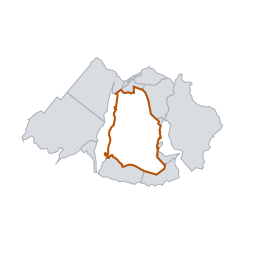 map of Saudi Arabia with Sudan, Israel, Lebanon and 12 others greyed out, rotated 38°
{"feature_id": "SAU", "entity_name": "Saudi Arabia", "entity_type": "country or territory", "adm_level": 0, "iso_a3": "SAU", "parent_name": "Asia", "parent_adm1": "", "projection": "natural_earth1", "projection_center": [44.88, 24.248], "detail": "fine", "context": "with_neighbors", "style": "outline", "palette": "amber", "viewbox_px": 256, "rotation_deg": 38, "n_neighbors": 15, "source": "natural_earth", "source_scale": "50m", "svg_char_len": 10235}
<svg xmlns="http://www.w3.org/2000/svg" viewBox="0 0 256 256"><g transform="rotate(38 128 128)"><path d="M54.6,203.6L51.5,201.5L50.0,200.1L50.5,194.7L48.2,191.7L47.9,188.5L46.4,187.1L46.4,184.3L45.6,182.5L44.1,182.7L45.7,179.0L45.3,177.0L46.7,175.5L45.8,174.4L49.0,167.9L52.5,168.2L53.0,147.2L57.6,147.2L58.0,137.6L105.9,137.6L107.1,142.3L106.2,143.1L106.7,148.1L108.2,153.8L111.9,156.8L109.8,159.5L106.8,160.3L105.5,161.8L103.2,172.0L103.7,173.9L103.0,178.1L101.3,182.8L98.8,185.2L96.5,190.8L94.6,192.1L93.3,197.1L93.3,201.4L93.3,197.7L92.8,197.6L92.4,193.6L90.3,191.7L89.8,188.2L90.3,184.7L88.4,184.4L88.1,185.4L85.7,185.7L86.6,187.1L87.0,190.0L82.6,196.0L80.5,196.5L77.0,193.7L75.5,194.7L75.0,196.1L72.9,197.0L72.8,198.0L68.7,198.0L68.1,197.0L65.1,196.9L63.6,197.7L62.5,197.3L59.8,193.2L56.8,193.8L54.5,200.3L51.8,201.7L54.6,203.6Z" fill="#d9dde1" stroke="#a8b0b8" stroke-width="1"/><path d="M102.8,83.3L101.6,87.5L100.2,86.9L99.3,90.1L100.3,90.6L99.2,91.3L99.0,92.5L100.9,91.9L101.0,93.8L98.8,101.5L96.4,93.2L97.6,91.6L99.9,84.2L102.8,83.3Z" fill="#d9dde1" stroke="#a8b0b8" stroke-width="1"/><path d="M102.8,83.3L100.0,84.2L103.7,76.7L105.4,76.9L106.0,78.8L103.8,80.6L102.8,83.3Z" fill="#d9dde1" stroke="#a8b0b8" stroke-width="1"/><path d="M100.9,91.9L99.0,92.5L99.2,91.3L100.3,90.6L99.3,90.1L100.2,86.9L101.6,87.5L100.9,91.9Z" fill="#d9dde1" stroke="#a8b0b8" stroke-width="1"/><path d="M101.6,87.5L102.3,86.0L106.7,87.9L114.4,82.8L115.9,88.6L107.2,91.8L111.1,96.6L109.7,97.4L109.1,99.0L106.0,99.7L103.3,102.9L98.9,102.1L98.8,101.5L101.0,93.8L101.6,87.5Z" fill="#d9dde1" stroke="#a8b0b8" stroke-width="1"/><path d="M165.2,126.8L165.9,126.5L166.1,127.8L169.2,127.1L174.9,127.4L183.0,118.0L183.8,119.7L184.5,123.5L182.4,123.5L182.1,126.6L182.9,127.3L181.1,128.3L181.1,130.2L179.1,135.2L167.0,132.7L165.2,126.8Z" fill="#d9dde1" stroke="#a8b0b8" stroke-width="1"/><path d="M162.1,124.3L161.7,120.8L162.8,118.3L163.9,117.8L165.1,119.3L165.2,122.1L164.4,124.9L163.3,125.3L162.1,124.3Z" fill="#d9dde1" stroke="#a8b0b8" stroke-width="1"/><path d="M150.5,99.2L152.3,106.0L149.5,106.1L148.5,103.9L145.0,103.4L147.8,98.8L150.5,99.2Z" fill="#d9dde1" stroke="#a8b0b8" stroke-width="1"/><path d="M115.9,88.6L114.4,82.8L123.2,77.8L124.7,72.0L124.4,68.5L126.5,67.3L128.5,64.3L130.2,63.5L134.6,64.2L136.0,65.4L137.8,64.6L140.3,70.3L142.9,71.7L143.2,74.5L141.2,76.2L140.3,80.0L143.1,84.5L147.9,87.2L149.9,90.8L149.3,94.3L150.6,94.3L150.6,96.9L152.8,99.4L147.8,98.8L145.0,103.4L137.6,103.0L126.5,93.3L120.6,90.0L115.9,88.6Z" fill="#d9dde1" stroke="#a8b0b8" stroke-width="1"/><path d="M179.9,134.2L180.0,132.2L181.1,130.2L181.1,128.3L182.9,127.3L182.1,126.6L182.4,123.5L184.5,123.5L186.3,126.8L188.6,128.5L194.0,130.0L197.0,134.4L198.5,135.0L198.5,136.1L193.4,145.1L191.6,144.9L190.7,146.0L190.1,148.4L190.3,152.2L188.5,152.2L185.9,154.0L185.6,156.4L184.7,157.4L182.1,157.3L180.6,158.5L180.6,160.5L178.7,161.8L176.4,161.4L171.8,163.3L167.2,152.0L179.3,147.2L181.8,137.6L179.9,134.2ZM183.8,119.7L183.0,118.0L184.1,116.4L184.7,116.8L183.8,119.7Z" fill="#d9dde1" stroke="#a8b0b8" stroke-width="1"/><path d="M152.8,99.4L150.6,96.9L150.6,94.3L149.3,94.3L149.9,90.8L147.9,87.2L143.1,84.5L140.3,80.0L141.2,76.2L143.2,74.5L142.9,71.7L140.3,70.3L135.7,60.7L136.5,59.2L135.3,53.8L137.9,52.4L138.5,54.2L140.5,56.4L143.1,57.0L144.5,56.9L149.0,53.4L150.4,53.0L151.5,54.4L150.3,56.8L152.7,59.3L153.6,59.1L154.9,62.6L158.6,63.6L161.3,66.0L166.8,66.8L172.8,65.6L173.1,64.4L176.5,63.5L179.1,60.8L181.7,60.9L183.4,60.0L186.1,60.5L190.5,62.9L193.6,63.4L198.2,67.7L201.1,67.8L201.6,71.9L199.4,81.4L201.2,82.1L199.6,84.7L201.5,91.6L204.5,92.4L205.0,95.5L201.6,99.9L205.3,105.3L209.2,107.4L209.5,111.7L211.5,112.5L211.9,114.7L206.2,117.2L204.9,122.8L188.4,119.6L186.5,113.7L184.6,112.8L181.5,113.7L177.6,116.0L172.6,114.4L168.5,110.7L164.7,109.3L159.0,98.3L156.8,99.1L154.3,97.5L152.8,99.4Z" fill="#d9dde1" stroke="#a8b0b8" stroke-width="1"/><path d="M102.3,86.0L103.8,80.6L106.0,78.8L105.4,76.9L103.7,76.7L103.4,73.0L106.5,68.9L106.8,66.3L108.0,67.2L112.3,65.9L114.4,66.8L117.5,66.7L122.0,64.9L128.5,64.3L126.5,67.3L124.4,68.5L124.7,72.0L123.2,77.8L106.7,87.9L102.3,86.0Z" fill="#d9dde1" stroke="#a8b0b8" stroke-width="1"/><path d="M103.7,173.9L103.2,172.0L105.5,161.8L106.8,160.3L109.8,159.5L111.9,156.8L115.3,166.7L123.1,173.6L128.9,180.8L130.9,182.2L129.6,183.4L127.9,183.0L121.9,175.4L118.4,173.5L115.6,173.4L114.6,172.4L112.2,173.5L109.7,171.4L108.4,174.9L103.7,173.9Z" fill="#d9dde1" stroke="#a8b0b8" stroke-width="1"/><path d="M167.2,152.0L171.8,163.3L168.9,164.5L168.0,168.3L157.5,172.6L153.8,176.0L150.8,175.9L148.4,177.9L141.3,179.4L138.7,182.2L132.5,182.5L131.5,179.7L131.6,177.1L129.0,170.1L129.8,169.9L129.7,164.7L131.5,163.2L131.1,161.2L132.1,158.8L133.8,160.0L139.6,159.5L145.9,160.2L146.9,161.8L148.8,161.0L151.7,156.0L155.5,153.8L167.2,152.0Z" fill="#d9dde1" stroke="#a8b0b8" stroke-width="1"/><path d="M105.9,137.6L58.0,137.6L59.4,102.7L58.4,98.8L59.6,95.9L59.1,93.8L60.6,91.5L65.9,91.4L75.3,94.9L80.0,92.0L83.5,91.6L86.3,92.2L87.3,94.6L88.3,93.0L94.4,94.4L96.4,93.2L98.8,101.5L95.5,109.5L94.6,110.4L91.6,106.7L88.9,99.8L88.5,100.2L95.2,117.6L101.3,128.3L100.5,129.1L100.6,132.3L105.9,137.6Z" fill="#d9dde1" stroke="#a8b0b8" stroke-width="1"/><path d="M167.1,152.0L166.1,152.1L165.2,152.3L164.2,152.5L162.9,152.7L161.9,152.8L160.5,153.0L159.2,153.2L158.0,153.4L156.8,153.6L155.8,153.8L155.2,154.0L154.5,154.4L153.4,155.0L152.2,155.7L151.6,156.0L151.0,156.9L150.7,157.3L150.2,158.1L149.8,158.7L149.3,159.4L149.0,160.1L148.7,161.0L148.4,161.3L147.9,161.6L147.5,161.8L146.8,161.8L146.4,161.2L146.0,160.6L145.8,160.3L145.6,160.3L144.9,160.4L144.1,160.5L143.1,160.4L142.0,160.2L140.9,160.1L140.4,160.0L139.7,159.6L139.3,159.5L138.5,159.5L137.7,159.5L136.9,159.6L136.1,159.6L135.3,159.7L135.0,159.8L134.7,159.8L134.5,160.0L134.3,160.0L134.1,159.9L133.9,159.9L133.5,159.8L133.3,159.6L133.0,159.3L132.8,159.2L132.5,159.1L132.3,159.1L132.0,159.2L131.8,159.4L131.4,159.9L131.4,160.0L131.6,160.3L131.2,160.6L131.1,161.0L131.1,161.3L131.1,161.9L131.2,162.3L131.3,162.5L131.3,163.1L131.0,163.2L130.8,163.6L130.7,163.7L130.5,163.9L129.8,164.6L129.7,164.2L129.5,163.6L129.5,163.2L129.4,162.8L129.1,162.5L128.8,162.2L128.7,161.8L128.4,161.3L128.1,161.0L127.9,160.3L127.7,159.5L126.7,158.4L125.5,157.3L125.1,156.7L124.5,155.5L124.2,154.6L123.4,153.5L123.4,153.1L123.3,152.6L123.1,152.0L123.0,151.6L122.1,149.6L121.9,149.3L121.7,148.9L121.6,148.5L121.5,148.3L121.0,148.0L120.4,147.2L118.8,145.9L118.0,145.8L117.4,145.3L116.9,144.7L116.4,143.6L115.6,142.5L114.8,140.9L115.1,140.3L115.1,139.9L114.9,139.2L114.6,138.6L114.4,138.1L114.6,137.4L114.6,136.6L114.8,136.1L114.9,135.7L114.8,134.7L114.5,134.2L114.6,133.9L114.3,133.7L114.1,133.3L114.3,133.3L113.9,132.8L113.7,132.5L113.6,131.8L113.4,131.3L112.7,130.1L112.4,129.3L111.7,128.4L111.0,127.7L110.5,127.3L110.3,127.0L109.9,127.0L109.5,126.6L109.2,126.6L108.8,126.5L108.3,125.7L108.0,125.0L107.4,124.0L107.5,123.7L107.7,123.3L107.6,122.8L107.5,122.4L107.3,121.7L106.4,120.0L106.1,119.8L105.8,119.5L105.5,118.8L105.4,118.1L104.8,117.8L103.8,115.4L103.2,114.6L102.9,114.1L102.2,113.2L101.9,112.3L101.2,111.4L100.6,110.0L99.7,108.5L99.3,108.3L98.3,108.2L97.8,108.1L97.4,108.4L97.4,108.0L97.7,107.4L98.1,106.2L98.2,105.2L98.9,102.2L99.7,102.3L100.4,102.5L101.4,102.6L102.5,102.8L103.1,102.9L103.3,102.9L104.2,102.2L105.0,101.5L105.4,100.7L105.9,99.9L106.1,99.7L106.8,99.5L107.9,99.3L108.9,99.1L109.0,99.0L109.3,98.4L109.6,97.5L109.8,97.4L110.5,96.9L111.0,96.6L110.4,95.8L109.7,95.1L109.1,94.2L108.5,93.5L107.6,92.5L107.1,91.9L108.1,91.6L109.2,91.2L110.3,90.9L111.6,90.5L112.7,90.2L114.2,89.7L115.0,89.4L115.7,88.8L116.6,89.0L117.9,89.2L119.2,89.4L120.5,89.7L120.9,89.9L122.2,90.7L123.1,91.3L124.0,91.9L125.3,92.6L126.1,93.2L127.2,93.8L128.0,94.6L129.1,95.6L130.3,96.7L131.2,97.5L132.6,98.6L133.9,99.8L135.2,100.9L136.2,101.8L137.5,102.9L138.9,103.1L140.7,103.2L142.5,103.4L144.1,103.6L144.8,103.4L145.6,103.5L146.6,103.6L147.2,103.7L148.4,103.9L148.7,104.6L148.9,105.2L149.0,105.7L149.3,106.1L150.1,106.1L150.8,106.1L151.7,106.1L152.4,106.1L152.6,106.5L152.7,107.0L153.2,108.0L153.7,108.9L153.9,109.2L154.0,109.6L153.9,109.8L153.9,110.0L154.3,110.5L155.0,110.9L155.3,111.0L155.6,111.1L155.4,111.4L155.8,112.0L156.3,112.6L156.8,112.8L157.6,113.7L158.6,114.3L159.3,115.1L159.2,115.1L158.8,114.9L158.7,115.0L158.8,115.4L158.8,115.8L159.2,116.1L159.5,116.4L159.6,116.8L159.4,117.8L159.1,117.7L158.9,117.7L158.9,117.8L159.1,118.5L159.3,119.1L159.5,119.5L159.7,120.1L159.9,120.4L160.6,121.1L160.8,121.7L161.0,122.7L161.5,123.3L161.7,123.8L162.0,124.1L162.2,124.7L162.5,125.1L162.9,125.2L163.2,125.2L163.5,125.1L163.9,125.0L164.2,125.2L164.5,125.2L164.5,125.4L164.3,125.6L164.1,126.3L164.4,126.4L164.8,126.5L165.0,126.6L165.2,127.3L165.2,127.6L165.4,127.8L165.6,128.1L165.8,128.4L166.1,128.7L166.3,129.0L166.5,129.3L166.7,129.7L167.0,130.0L167.2,130.3L167.4,130.6L167.6,130.9L167.9,131.2L168.1,131.6L168.3,131.9L168.6,132.2L168.8,132.5L169.0,132.8L169.2,133.1L169.5,133.1L169.9,133.2L170.4,133.3L171.0,133.3L171.8,133.4L172.6,133.6L173.5,133.7L174.3,133.8L175.2,134.0L176.1,134.1L176.9,134.2L177.7,134.3L178.3,134.4L178.8,134.5L179.1,134.5L179.5,134.6L179.8,134.2L180.1,134.7L180.4,135.2L180.7,135.8L181.1,136.5L181.5,137.1L181.7,137.6L181.6,138.0L181.5,138.6L181.3,139.1L181.2,139.6L181.0,140.2L180.9,140.7L180.8,141.2L180.6,141.8L180.5,142.3L180.3,142.8L180.2,143.4L180.1,143.9L179.9,144.4L179.8,145.0L179.7,145.5L179.5,146.0L179.4,146.6L179.2,147.2L178.8,147.4L178.1,147.6L177.4,147.9L176.7,148.2L176.0,148.5L175.3,148.7L174.6,149.0L173.9,149.3L173.2,149.6L172.5,149.8L171.8,150.1L171.1,150.4L170.4,150.7L169.7,150.9L169.1,151.2L168.4,151.5L167.7,151.8L167.1,152.0ZM126.5,162.9L126.8,163.0L126.6,162.8L126.6,162.7L126.8,162.5L127.2,163.0L127.2,163.5L126.9,163.4L126.8,163.2L126.4,163.2L126.1,163.1L125.7,162.6L125.6,162.3L125.8,162.2L126.0,161.8L125.9,161.6L126.2,161.6L126.3,161.9L126.3,162.5L126.3,162.8L126.5,162.9ZM106.3,121.3L106.2,121.3L105.9,121.0L105.7,120.7L104.8,120.2L104.7,120.0L104.8,119.8L104.9,120.0L105.0,120.1L105.7,120.4L106.4,121.1L106.5,121.1L106.3,121.3ZM105.1,119.7L105.0,119.8L104.9,119.6L104.9,119.2L105.0,119.0L105.0,119.3L105.1,119.6L105.1,119.7Z" fill="none" stroke="#b45309" stroke-width="2"/></g></svg>